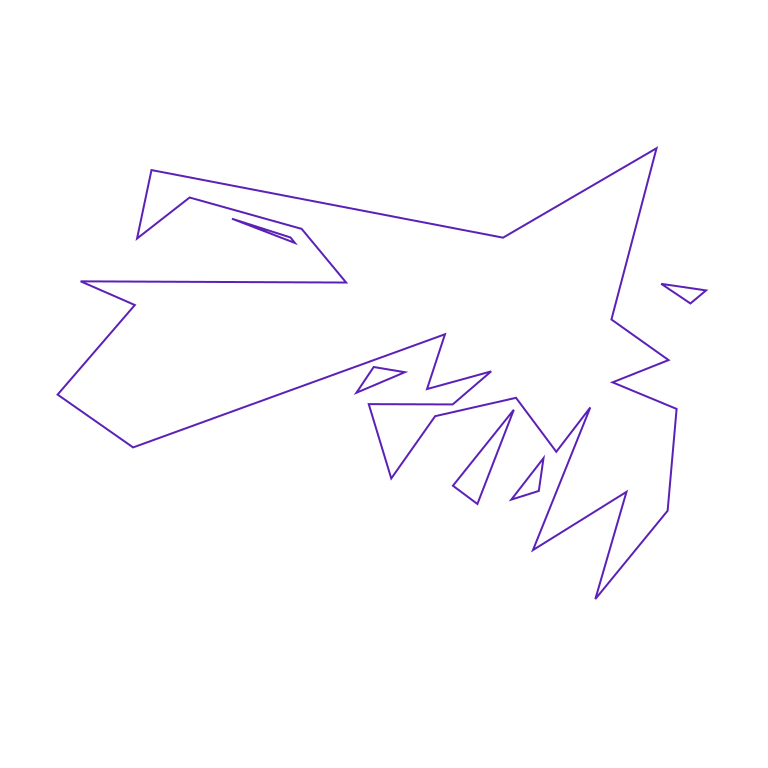 an SVG outline of Archipel des Kerguelen, rotated 177°
{"feature_id": "ATF-5916", "entity_name": "Archipel des Kerguelen", "entity_type": "state/province", "adm_level": 1, "iso_a3": "ATF", "parent_name": "French Southern and Antarctic Lands", "parent_adm1": "", "projection": "equal_earth", "projection_center": [69.4, -49.144], "detail": "coarse", "context": "isolated", "style": "outline", "palette": "violet", "viewbox_px": 768, "rotation_deg": 177, "n_neighbors": 0, "source": "natural_earth", "source_scale": "10m", "svg_char_len": 765}
<svg xmlns="http://www.w3.org/2000/svg" viewBox="0 0 768 768"><g transform="rotate(177 384 384)"><path d="M710.5,390.5L628.7,475.9L681.6,502.4L416.5,487.3L458.1,543.2L568.4,580.4L623.0,542.2L605.0,609.8L257.5,523.9L99.5,605.2L153.5,436.5L98.6,393.0L155.7,373.7L93.1,343.8L107.4,242.6L184.2,158.2L147.5,263.6L243.9,210.4L179.2,349.8L215.5,307.3L252.9,363.3L334.6,349.2L381.7,289.3L400.3,364.7L316.5,360.0L276.3,391.0L341.3,376.7L320.5,430.5L637.9,333.8L710.5,390.5ZM255.7,351.5L297.0,259.3L320.5,278.8L255.7,351.5ZM235.0,269.1L262.9,261.9L228.6,301.6L235.0,269.1ZM73.8,448.4L101.9,469.5L57.5,460.6L73.8,448.4ZM527.2,557.0L469.7,535.2L465.6,529.5L527.2,557.0ZM393.4,401.5L362.6,394.7L412.0,376.7L393.4,401.5Z" fill="none" stroke="#5b21b6" stroke-width="2"/></g></svg>